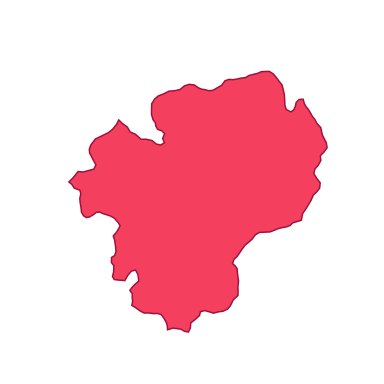 Virgínia, Minas Gerais, Brazil, rotated 18°
{"feature_id": "56859067B30740521650028", "entity_name": "Virgínia", "entity_type": "district", "adm_level": 2, "iso_a3": "BRA", "parent_name": "Brazil", "parent_adm1": "Minas Gerais", "projection": "orthographic", "projection_center": [-45.117, -22.346], "detail": "fine", "context": "isolated", "style": "filled", "palette": "rose", "viewbox_px": 384, "rotation_deg": 18, "n_neighbors": 0, "source": "geoboundaries", "source_scale": "gbopen_adm2", "svg_char_len": 2685}
<svg xmlns="http://www.w3.org/2000/svg" viewBox="0 0 384 384"><g transform="rotate(18 192 192)"><path d="M130.7,258.2L133.3,261.7L134.9,264.9L136.4,268.1L138.1,271.9L138.1,276.3L135.7,279.1L137.1,283.9L140.5,286.3L142.1,292.1L142.5,297.0L145.1,299.3L149.1,298.5L155.5,297.0L156.7,291.1L158.8,286.0L162.4,283.7L166.0,287.1L168.9,293.1L166.3,297.4L164.4,301.4L163.3,304.8L166.6,307.1L167.6,310.5L169.3,314.3L169.8,318.5L174.1,319.4L179.2,321.1L183.9,321.9L188.3,320.4L192.9,319.6L196.6,318.2L200.6,318.1L204.7,321.1L208.0,324.2L209.9,327.0L211.3,330.6L216.0,327.3L223.8,325.9L228.1,326.8L231.8,326.3L232.5,322.1L231.3,316.8L234.5,312.2L237.3,307.1L237.0,303.3L240.8,300.8L246.1,300.6L249.9,300.6L253.7,298.1L258.5,295.7L262.1,292.3L263.7,288.0L264.6,281.8L267.7,276.3L266.6,272.5L265.0,268.0L263.8,262.3L260.7,256.1L258.6,250.9L255.7,248.8L252.7,247.6L252.7,243.1L254.7,239.6L256.1,235.1L257.4,230.4L259.1,225.9L261.4,222.3L263.8,218.1L265.4,213.3L268.6,209.6L274.2,207.5L278.6,205.8L282.3,202.8L284.9,200.5L288.8,198.0L292.9,195.8L295.7,193.4L297.3,190.3L300.1,188.3L304.7,185.1L303.9,178.3L305.6,172.6L306.6,168.2L307.8,163.1L308.3,157.4L310.5,153.6L312.2,148.9L311.1,143.7L306.3,140.4L302.2,136.9L301.8,132.1L303.8,127.5L304.8,122.2L302.8,117.8L305.0,113.7L306.8,108.2L304.5,103.6L301.7,100.9L298.2,97.3L294.6,91.0L289.4,88.0L286.4,85.0L283.1,82.9L280.7,80.6L277.3,77.6L274.1,75.6L271.6,73.3L269.0,69.4L265.3,70.9L263.4,74.7L263.8,78.7L263.4,82.5L261.3,85.3L256.1,84.4L253.5,80.7L251.6,75.5L249.7,70.9L247.4,66.9L244.6,62.4L240.5,59.7L236.7,57.0L232.9,54.6L228.2,53.4L224.0,54.9L220.8,56.1L217.7,58.9L213.8,61.3L210.3,63.5L207.5,66.7L203.1,68.7L199.5,70.9L196.0,72.6L192.5,73.4L189.0,76.0L187.2,81.4L183.7,85.2L180.6,88.7L176.7,90.5L173.0,90.6L169.7,91.2L166.2,91.0L161.0,89.5L156.0,90.5L151.9,93.5L149.1,98.1L144.5,100.9L139.0,103.2L134.5,107.6L130.3,111.0L127.8,114.9L126.4,120.6L128.0,126.0L129.5,130.7L132.6,135.3L135.7,137.4L137.3,140.6L140.1,143.1L144.3,143.1L147.9,145.0L147.5,150.1L150.6,153.6L147.7,157.0L142.9,157.4L138.2,155.4L131.9,156.0L127.3,157.6L123.7,156.0L120.1,154.5L114.6,154.0L110.4,150.2L104.5,148.3L100.1,146.1L99.3,151.1L97.1,156.8L94.3,161.2L90.2,165.2L86.9,168.4L83.7,171.5L82.6,174.7L81.3,178.3L81.1,183.1L82.6,186.6L85.8,189.7L88.3,192.2L92.2,195.8L91.6,200.5L87.1,203.5L82.3,206.6L77.3,207.7L75.7,212.2L74.0,216.3L71.8,220.5L75.5,222.0L78.8,224.7L84.9,225.0L86.8,228.1L87.3,232.8L88.8,236.4L91.1,240.8L93.1,245.3L96.1,248.1L99.5,249.0L102.4,247.3L104.9,244.4L107.3,241.0L110.3,239.6L114.4,240.1L118.2,240.0L121.6,240.0L126.3,240.9L131.2,243.8L134.0,246.3L133.5,249.9L132.5,253.8L130.7,258.2Z" fill="#f43f5e" stroke="#9f1239" stroke-width="1.5"/></g></svg>